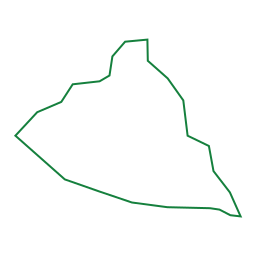 an SVG outline of Ribeira Grande de Santiago
{"feature_id": "CPV-5052", "entity_name": "Ribeira Grande de Santiago", "entity_type": "state/province", "adm_level": 1, "iso_a3": "CPV", "parent_name": "Cabo Verde", "parent_adm1": "", "projection": "albers", "projection_center": [-23.611, 14.974], "detail": "fine", "context": "isolated", "style": "outline", "palette": "green", "viewbox_px": 256, "rotation_deg": 0, "n_neighbors": 0, "source": "natural_earth", "source_scale": "10m", "svg_char_len": 412}
<svg xmlns="http://www.w3.org/2000/svg" viewBox="0 0 256 256"><path d="M240.6,216.4L230.3,215.2L219.5,209.6L210.0,208.2L167.4,207.2L131.9,202.5L99.1,191.4L64.8,179.4L15.4,135.7L37.2,112.2L61.3,101.9L72.7,84.3L99.6,81.3L109.5,75.5L112.4,56.4L125.1,41.7L147.4,39.6L147.8,60.8L167.7,78.4L183.3,100.4L187.6,135.7L208.9,146.0L213.5,171.1L229.9,192.4L240.6,216.4Z" fill="none" stroke="#15803d" stroke-width="2"/></svg>